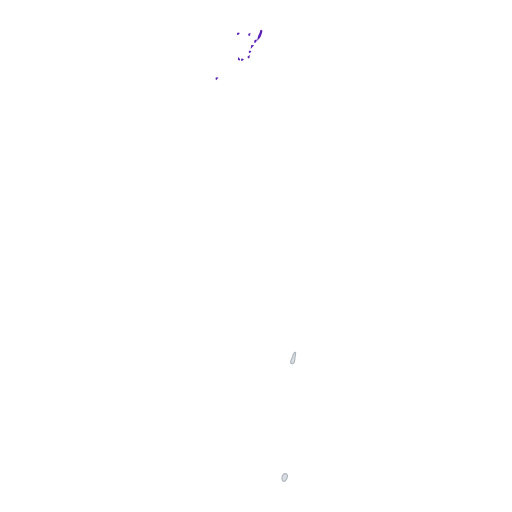 Maldives, with Haa Dhaalu highlighted
{"feature_id": "MDV-5224", "entity_name": "Haa Dhaalu", "entity_type": "Atoll", "adm_level": 1, "iso_a3": "MDV", "parent_name": "Maldives", "parent_adm1": "", "projection": "equal_earth", "projection_center": [72.994, 6.597], "detail": "fine", "context": "in_parent", "style": "filled", "palette": "violet", "viewbox_px": 512, "rotation_deg": 0, "n_neighbors": 0, "source": "natural_earth", "source_scale": "10m", "svg_char_len": 1414}
<svg xmlns="http://www.w3.org/2000/svg" viewBox="0 0 512 512"><path d="M294.1,362.7L292.5,363.9L291.0,363.4L290.5,362.0L291.2,359.7L292.5,356.9L293.4,353.9L294.7,352.2L295.7,352.7L295.5,354.5L295.1,356.8L294.8,359.9L294.1,362.7ZM285.2,481.0L283.2,481.3L281.9,479.1L282.2,476.0L283.7,473.8L286.2,473.6L287.6,475.6L286.9,478.6L285.2,481.0Z" fill="#d9dde1" stroke="#a8b0b8" stroke-width="1"/><path d="M260.9,30.8L261.4,30.7L261.5,30.9L261.5,31.2L261.6,31.6L260.3,35.5L259.5,37.2L258.3,38.5L258.7,36.5L260.3,33.1L260.9,30.8ZM255.9,40.5L255.7,41.0L255.6,41.4L255.4,41.8L255.0,41.9L255.0,41.0L255.3,40.6L255.9,40.5ZM252.5,45.8L251.7,46.7L251.8,45.9L252.0,45.7L252.2,45.8L252.5,45.8ZM250.2,51.6L250.0,51.8L249.8,52.1L249.6,52.1L249.6,51.5L249.8,51.4L250.0,51.5L250.2,51.6ZM249.4,34.2L249.3,34.5L249.4,34.8L249.4,35.0L249.2,35.1L249.1,34.9L249.0,34.6L249.0,34.4L249.4,34.2ZM238.3,33.6L238.1,33.8L238.0,34.1L237.9,34.2L237.7,34.1L237.8,33.5L238.0,33.4L238.1,33.6L238.3,33.6ZM242.4,59.6L242.2,59.7L242.1,60.0L241.8,60.0L241.9,59.4L242.0,59.3L242.2,59.5L242.4,59.6ZM238.8,58.8L239.0,59.0L239.3,59.3L239.2,59.6L238.7,59.4L238.7,59.2L238.8,59.0L238.8,58.8ZM248.8,56.6L248.7,56.9L248.8,57.2L248.8,57.4L248.6,57.5L248.5,57.3L248.3,57.0L248.4,56.8L248.6,56.7L248.8,56.6ZM216.9,78.2L216.7,78.4L216.6,78.7L216.4,78.9L216.3,78.6L216.4,78.2L216.6,78.1L216.8,78.2L216.9,78.2Z" fill="#8b5cf6" stroke="#5b21b6" stroke-width="1.5"/></svg>